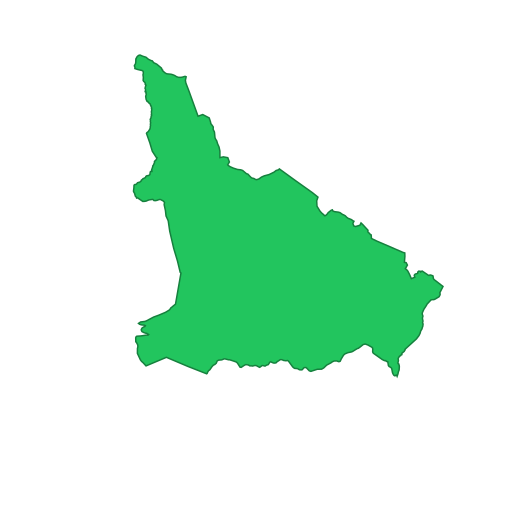 Kintampo South, Brong Ahafo, Ghana (Robinson projection), rotated 22°
{"feature_id": "2480657B51466124780551", "entity_name": "Kintampo South", "entity_type": "district", "adm_level": 2, "iso_a3": "GHA", "parent_name": "Ghana", "parent_adm1": "Brong Ahafo", "projection": "robinson", "projection_center": [-1.864, 7.943], "detail": "fine", "context": "isolated", "style": "filled", "palette": "green", "viewbox_px": 512, "rotation_deg": 22, "n_neighbors": 0, "source": "geoboundaries", "source_scale": "gbopen_adm2", "svg_char_len": 6102}
<svg xmlns="http://www.w3.org/2000/svg" viewBox="0 0 512 512"><g transform="rotate(22 256 256)"><path d="M188.0,347.3L184.0,350.9L178.5,357.4L177.3,358.4L173.7,360.4L172.3,362.5L173.6,362.9L175.5,362.8L178.3,362.0L179.5,362.0L179.4,363.0L178.4,363.9L177.3,365.6L177.2,367.3L177.6,367.9L178.6,368.8L180.5,369.0L182.6,368.9L183.7,368.6L185.9,369.0L185.5,369.9L183.8,370.5L179.3,373.2L175.6,375.0L175.3,375.3L175.1,375.8L175.1,376.9L176.7,380.6L177.5,380.9L179.7,382.8L180.5,384.5L180.7,386.1L182.5,390.7L187.6,395.5L189.4,396.6L191.2,397.2L195.2,399.1L210.9,383.5L234.1,383.9L254.4,383.7L254.7,383.1L254.7,381.4L255.0,380.1L255.8,378.8L256.7,374.9L257.4,373.1L258.4,372.1L259.3,370.3L259.3,367.9L260.3,366.6L263.2,365.1L265.0,363.3L265.9,363.0L269.5,362.5L270.4,362.1L274.6,361.8L277.6,361.7L279.0,362.3L282.9,365.1L284.0,364.8L285.9,362.0L287.2,360.5L289.6,359.9L291.5,360.2L292.5,359.7L294.1,359.3L295.8,358.0L297.2,357.5L301.0,357.9L301.3,357.6L302.7,355.3L303.3,355.0L305.6,354.7L306.7,353.2L307.9,352.3L308.1,351.9L308.6,349.3L309.1,348.7L309.6,348.6L311.9,348.7L312.9,348.5L313.8,348.1L314.8,347.3L315.1,346.2L316.3,344.6L317.0,343.4L317.5,342.9L318.9,342.4L320.7,342.5L323.1,341.9L324.2,341.1L325.4,341.3L326.3,341.8L331.6,345.1L333.1,345.6L334.0,345.7L336.2,345.0L337.1,344.9L338.8,345.2L340.2,344.8L341.3,344.3L341.7,343.5L342.1,342.1L342.4,341.6L343.1,341.1L344.2,340.7L344.7,340.8L348.4,342.5L350.1,342.4L355.2,338.1L359.1,336.4L359.6,335.9L360.8,334.3L362.4,330.7L365.5,327.0L366.5,325.4L367.8,324.1L370.0,323.1L372.2,323.0L373.1,322.5L373.5,322.0L373.6,319.5L374.2,315.8L374.6,314.4L375.2,313.4L377.3,311.3L380.7,309.0L381.5,308.1L384.4,304.1L385.5,303.2L386.8,301.1L388.5,298.0L390.2,296.7L393.1,296.6L397.7,297.2L398.6,297.7L399.3,299.0L399.9,300.8L400.6,301.8L401.3,302.2L411.8,304.7L414.3,304.9L415.5,304.4L416.3,304.9L417.8,304.7L419.8,308.0L420.8,308.6L422.5,308.8L423.6,309.2L424.1,309.7L426.3,313.1L427.7,314.4L428.7,315.0L429.4,315.1L429.9,314.9L430.6,313.9L431.0,313.8L431.9,314.7L431.8,312.2L431.4,310.0L431.4,308.1L430.4,305.0L429.6,303.5L429.1,303.2L428.8,302.6L428.2,302.6L427.7,302.2L427.2,299.5L426.3,298.1L426.2,297.5L426.6,295.1L427.4,294.3L427.5,293.5L428.2,292.8L427.8,291.9L427.8,291.3L429.1,289.0L429.4,287.1L429.1,286.7L435.8,272.8L436.9,268.8L437.1,266.2L436.8,263.9L437.2,261.4L437.0,260.2L437.0,258.8L436.4,256.5L435.4,255.4L435.2,253.8L433.8,251.7L433.5,250.9L433.3,249.2L432.0,247.7L431.6,246.9L431.5,245.9L431.6,242.6L432.5,238.1L432.6,236.7L434.5,231.7L434.8,231.1L435.7,230.5L437.3,229.8L438.2,228.9L441.0,225.2L441.2,223.0L440.8,222.0L440.2,221.3L440.8,214.2L429.8,211.1L428.9,210.4L427.6,208.2L427.3,208.1L425.0,208.2L424.3,208.5L423.7,209.2L423.2,209.3L415.7,207.7L415.4,207.9L414.7,209.1L414.0,208.6L412.5,209.1L412.0,210.3L412.4,211.3L411.8,212.1L410.5,213.0L410.0,214.0L410.0,214.7L411.2,216.2L408.5,218.8L405.3,215.6L402.5,213.2L401.6,212.6L399.2,211.8L399.8,207.7L397.7,205.9L396.0,206.3L394.2,200.6L392.8,197.4L391.1,197.6L362.2,196.9L356.5,196.5L354.9,193.3L353.7,193.1L352.5,192.4L351.2,192.1L350.4,191.2L350.2,190.2L343.5,187.0L341.0,186.0L340.8,188.6L337.2,191.4L335.4,191.5L333.6,189.5L333.8,187.1L332.5,187.0L331.0,186.5L328.2,186.5L327.6,186.6L325.5,186.1L323.8,185.3L321.8,185.0L320.9,185.1L317.6,184.3L315.8,184.5L312.5,185.4L311.0,185.5L310.2,185.3L309.5,184.6L308.6,185.4L306.7,188.7L306.2,190.8L305.3,192.5L304.4,193.0L303.5,192.4L300.7,191.5L298.5,190.4L293.9,187.0L291.6,182.1L291.4,178.2L284.8,176.2L264.3,171.3L245.0,166.5L244.6,167.6L242.6,169.2L241.3,171.5L237.6,175.6L233.6,178.6L231.5,180.8L229.8,183.5L228.0,185.0L226.7,185.2L224.9,184.9L223.6,185.2L222.2,185.1L219.6,184.0L218.3,183.3L217.6,183.1L216.4,183.3L211.6,181.7L209.6,181.8L206.4,182.7L202.2,183.0L198.7,182.9L196.5,182.5L195.6,182.1L196.1,178.8L193.0,175.4L188.6,176.3L185.7,178.3L183.2,172.2L180.9,168.8L178.4,166.4L176.4,163.9L174.9,162.9L173.6,161.6L171.3,157.1L170.9,156.5L168.8,154.6L168.1,152.5L167.8,152.2L165.0,150.4L164.4,150.2L163.9,149.1L160.9,145.5L153.6,144.8L149.9,148.1L131.7,127.8L126.1,121.8L124.7,119.5L124.1,116.0L122.9,116.0L120.5,117.9L119.0,118.7L117.1,119.4L115.1,119.5L113.0,119.1L110.8,119.1L109.1,119.3L105.4,120.4L104.3,120.5L102.8,120.2L100.0,119.2L99.8,118.6L99.0,118.4L98.2,117.4L97.7,117.1L92.1,115.3L88.8,115.1L86.7,113.9L85.7,114.1L82.6,113.9L79.5,112.9L76.1,113.2L73.4,113.1L72.7,113.4L71.9,114.1L71.1,115.7L70.8,118.0L71.0,118.1L70.9,118.6L71.9,121.3L72.2,122.7L72.2,123.6L71.9,124.7L72.0,125.3L73.1,126.4L73.5,127.6L76.4,127.4L80.9,126.7L82.1,127.0L82.5,127.4L83.3,129.6L83.3,130.3L84.6,132.5L85.6,135.5L86.5,136.2L87.8,136.6L88.9,137.8L89.0,138.4L90.0,138.8L90.0,139.9L90.3,142.1L91.0,142.7L91.4,143.4L91.6,144.2L91.5,144.7L91.7,145.2L92.7,145.2L92.9,146.2L93.4,146.7L93.7,147.3L93.9,149.3L95.5,152.0L97.0,153.4L97.6,153.2L98.3,153.8L98.8,153.8L99.8,154.5L100.8,154.6L101.1,154.9L101.7,155.7L102.3,156.0L102.6,156.6L103.3,157.1L103.7,157.9L103.8,158.4L104.2,158.6L104.8,160.4L104.9,161.3L106.1,163.7L106.0,164.3L106.6,164.9L106.5,165.8L106.9,167.4L106.7,168.9L107.4,169.9L107.7,171.0L108.4,171.9L108.7,173.4L109.4,174.7L109.5,175.7L110.0,177.0L110.0,178.4L109.5,181.0L108.6,182.6L108.5,183.3L115.2,190.9L120.6,197.7L126.4,201.8L127.4,202.0L127.3,202.6L127.5,203.8L126.4,206.3L126.9,207.5L126.8,210.6L126.5,211.2L126.8,211.9L127.0,215.4L127.7,216.2L127.8,216.6L126.5,217.2L126.7,218.9L127.1,219.9L127.0,220.6L126.3,221.5L124.5,222.7L124.1,223.4L124.1,224.4L123.7,225.2L122.2,226.7L122.1,227.4L121.3,228.6L121.4,229.5L120.8,230.6L120.3,231.4L119.6,231.7L118.7,232.5L118.3,234.0L118.0,234.5L116.9,235.1L116.5,235.7L116.4,236.1L117.3,238.7L118.1,241.8L119.2,242.9L119.7,243.1L121.7,245.7L123.0,246.3L123.6,247.0L124.3,246.5L125.1,246.6L130.6,247.8L131.8,247.3L133.5,246.3L135.6,244.2L138.8,242.3L139.3,242.2L140.6,242.8L141.9,242.4L143.2,241.6L145.2,239.8L146.4,239.4L149.7,239.8L151.1,240.6L151.6,242.8L155.0,247.8L157.6,252.6L161.4,256.2L166.7,265.3L176.8,279.7L185.1,290.1L191.8,299.5L192.8,299.9L199.4,330.8L196.5,336.0L196.1,338.0L195.6,338.9L193.2,342.1L188.0,347.3Z" fill="#22c55e" stroke="#15803d" stroke-width="1.5"/></g></svg>